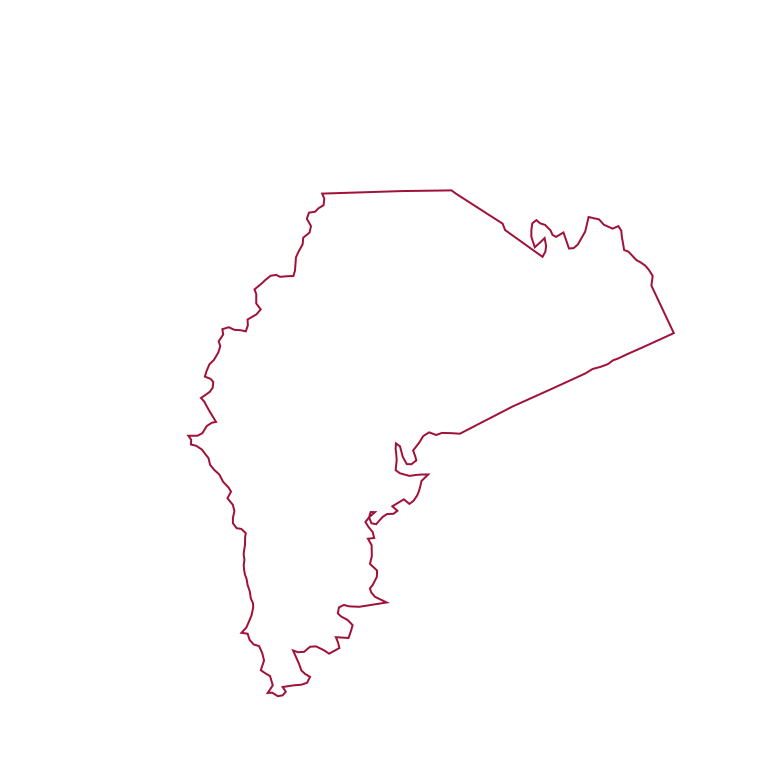 Tomazina, Paraná, Brazil (orthographic projection), rotated 232°
{"feature_id": "56859067B70254716522130", "entity_name": "Tomazina", "entity_type": "district", "adm_level": 2, "iso_a3": "BRA", "parent_name": "Brazil", "parent_adm1": "Paraná", "projection": "orthographic", "projection_center": [-49.982, -23.721], "detail": "fine", "context": "isolated", "style": "outline", "palette": "rose", "viewbox_px": 768, "rotation_deg": 232, "n_neighbors": 0, "source": "geoboundaries", "source_scale": "gbopen_adm2", "svg_char_len": 3251}
<svg xmlns="http://www.w3.org/2000/svg" viewBox="0 0 768 768"><g transform="rotate(232 384 384)"><path d="M437.3,576.2L489.0,558.1L495.0,556.4L524.7,517.3L572.1,452.5L566.7,451.0L562.1,446.4L562.8,440.6L562.2,435.7L565.2,430.4L561.7,424.9L553.4,423.7L549.2,418.6L549.0,410.4L544.1,405.8L542.4,401.7L540.4,397.1L538.0,392.6L528.1,383.6L524.9,379.1L528.1,374.7L532.5,368.0L536.3,366.3L539.1,361.3L539.0,354.4L538.5,349.3L538.3,340.2L533.5,338.7L526.1,332.9L518.7,332.8L517.4,326.4L518.8,316.2L514.0,312.8L510.6,307.5L514.7,304.1L518.7,299.5L524.3,296.6L526.7,290.4L522.0,287.7L519.4,280.0L514.6,278.3L510.8,272.8L507.7,264.8L507.0,258.5L503.4,252.1L500.1,247.4L494.8,250.5L490.7,250.7L486.6,246.8L485.1,242.0L485.3,236.7L485.7,231.2L480.7,231.5L475.0,230.5L468.8,229.6L457.5,228.3L459.5,224.4L460.0,218.4L457.1,210.7L458.0,205.2L463.7,198.0L458.7,197.7L455.2,194.6L450.9,198.0L444.3,200.2L438.3,200.0L433.8,200.1L427.3,197.2L421.0,197.3L414.1,198.5L406.0,197.0L398.1,197.8L393.4,197.2L390.3,190.3L381.9,190.5L376.0,187.9L371.6,182.6L367.3,179.2L361.1,179.1L357.7,182.3L351.6,183.3L348.7,180.2L342.8,175.4L339.3,171.6L336.0,168.4L331.4,165.8L327.6,161.9L323.1,159.0L319.4,157.1L315.0,155.7L309.7,152.8L303.5,150.7L296.9,147.0L291.9,145.8L288.5,143.4L283.4,137.4L279.6,130.7L276.9,125.7L275.7,118.5L271.2,122.8L265.2,120.6L259.1,120.9L254.4,124.2L246.7,122.3L239.9,119.2L234.3,110.7L229.0,112.4L224.0,114.4L215.0,110.8L212.1,102.1L209.7,105.8L203.3,108.2L201.1,112.4L201.9,117.1L207.6,117.6L202.1,127.4L198.0,133.6L195.9,139.4L198.7,145.4L203.9,143.4L209.0,142.5L215.6,144.7L230.0,148.3L225.5,151.2L222.1,156.2L222.5,163.9L219.1,168.9L211.3,172.7L205.3,174.7L203.4,186.3L208.8,188.7L214.1,190.2L205.7,199.7L209.9,206.2L213.3,210.8L220.3,210.1L227.1,207.1L231.7,206.4L235.7,211.0L234.6,216.3L230.0,219.9L223.7,227.3L219.4,235.0L210.2,251.6L221.7,245.9L227.5,245.6L231.6,247.1L232.7,251.6L236.4,259.6L241.3,263.7L250.9,262.2L255.8,268.4L264.6,275.0L271.9,276.1L268.7,281.5L274.3,283.9L281.4,283.8L286.7,284.4L288.1,290.1L282.0,288.4L278.3,291.5L279.4,297.0L280.1,301.4L279.6,306.4L275.9,311.5L275.8,316.5L282.5,315.3L281.5,323.5L280.9,328.6L273.9,330.2L273.8,335.5L275.8,341.6L277.9,345.3L280.7,349.2L284.5,353.8L285.5,363.1L289.3,358.2L292.4,353.6L295.9,347.5L303.8,341.6L308.9,340.1L316.4,347.3L322.0,351.0L325.6,353.1L329.8,356.9L325.0,358.2L315.1,354.0L306.9,352.6L303.9,356.2L303.9,362.4L307.8,364.1L313.7,366.0L316.2,375.9L318.8,382.9L318.1,389.8L311.7,393.7L309.8,399.5L304.3,406.2L298.1,413.2L294.4,432.9L287.1,471.6L276.1,516.5L274.8,522.1L268.4,549.0L267.4,557.7L264.1,565.4L261.8,572.8L261.7,578.8L259.9,584.4L257.9,593.5L253.5,611.0L245.7,643.7L296.9,655.3L303.8,662.3L310.9,663.0L316.7,662.7L322.1,661.0L326.1,659.2L331.4,658.7L337.8,658.1L341.7,655.7L347.6,658.9L353.5,662.0L358.8,665.4L364.1,665.9L365.7,659.8L374.1,655.3L381.3,654.8L389.6,648.0L383.2,640.1L380.2,636.3L374.5,622.3L374.4,617.0L376.9,613.2L382.4,615.1L392.9,618.7L394.0,610.1L397.8,608.6L402.6,609.8L410.1,608.9L414.4,606.0L419.3,605.0L419.3,599.8L414.9,595.2L409.4,590.8L398.9,587.0L399.5,595.0L400.1,600.4L392.9,596.7L389.0,592.7L386.6,587.2L430.7,574.2L437.3,576.2ZM288.1,290.1L291.3,294.7L288.6,298.0L288.1,290.1Z" fill="none" stroke="#9f1239" stroke-width="2"/></g></svg>